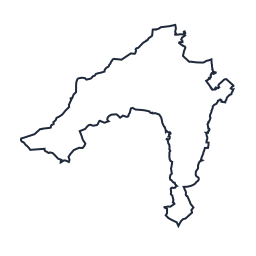 Dezna, Arad, Romania, rotated 177°
{"feature_id": "2599482B61534959495049", "entity_name": "Dezna", "entity_type": "district", "adm_level": 2, "iso_a3": "ROU", "parent_name": "Romania", "parent_adm1": "Arad", "projection": "equal_earth", "projection_center": [22.259, 46.427], "detail": "fine", "context": "isolated", "style": "outline", "palette": "slate", "viewbox_px": 256, "rotation_deg": 177, "n_neighbors": 0, "source": "geoboundaries", "source_scale": "gbopen_adm2", "svg_char_len": 5720}
<svg xmlns="http://www.w3.org/2000/svg" viewBox="0 0 256 256"><g transform="rotate(177 128 128)"><path d="M215.8,131.5L221.7,126.7L231.6,124.0L235.2,123.1L235.5,122.1L235.5,121.4L234.9,120.2L234.5,119.8L233.4,119.4L232.7,118.8L231.4,116.9L230.4,115.8L229.8,115.4L228.8,114.3L227.6,112.7L226.8,111.3L212.4,111.6L212.5,110.4L212.4,110.1L211.8,109.2L210.4,108.6L209.5,107.7L208.8,107.5L208.5,107.2L208.2,107.2L207.5,107.6L207.0,107.6L206.6,107.6L205.7,107.2L204.6,106.9L203.7,106.1L203.3,105.5L202.4,104.6L199.4,101.0L196.2,99.7L197.1,97.4L197.1,97.1L193.6,99.0L192.1,98.8L188.8,97.2L188.1,99.3L188.9,102.3L186.9,105.0L183.3,108.8L177.9,110.8L174.4,110.4L172.4,112.6L171.4,114.6L173.8,118.8L174.8,122.7L176.4,127.4L170.8,129.3L168.6,131.7L167.1,132.9L165.2,133.2L164.1,132.6L162.4,132.1L158.8,132.6L157.8,133.7L156.5,136.3L155.7,136.7L152.2,134.9L150.9,134.5L149.5,135.1L147.0,135.7L147.5,136.2L148.2,137.4L148.2,138.3L147.5,139.7L146.2,141.1L143.7,142.2L139.8,142.3L138.9,142.2L137.8,141.5L136.0,139.4L135.8,139.0L135.3,138.7L132.4,140.6L129.0,139.3L128.3,139.2L127.1,139.7L126.6,141.5L125.4,143.1L124.1,147.4L123.4,147.5L122.4,147.8L121.5,147.4L120.6,146.6L119.3,146.0L114.3,145.4L110.1,144.7L105.7,143.4L105.3,142.6L104.8,142.0L104.3,141.9L103.0,142.0L103.0,141.4L102.8,141.3L100.0,141.4L96.1,139.8L94.3,136.7L93.6,132.9L93.5,131.4L92.0,127.6L91.3,127.1L90.5,124.2L90.4,122.1L89.5,122.9L87.3,121.0L86.5,121.6L85.9,120.9L85.8,120.2L87.4,119.1L87.4,118.2L87.9,117.5L87.2,117.5L86.8,117.3L86.9,115.7L87.1,115.2L87.6,114.6L88.7,114.6L90.7,115.2L89.0,114.0L88.5,110.4L87.6,109.0L87.7,108.5L87.5,107.5L87.5,106.6L87.7,105.7L87.8,104.4L87.1,103.5L87.0,102.9L87.6,102.1L88.0,101.1L87.9,99.5L88.2,98.5L88.1,95.1L87.8,94.1L87.3,92.9L85.6,91.8L86.6,87.0L87.2,85.2L86.6,80.2L88.2,78.7L88.8,76.3L88.5,74.2L87.6,73.8L85.4,71.1L84.2,70.9L83.9,69.4L82.3,67.6L83.2,67.5L83.8,66.0L86.0,65.7L86.6,66.1L87.7,66.0L88.5,65.1L88.3,61.5L88.7,59.7L87.3,58.2L86.4,53.7L87.1,51.4L86.1,50.9L85.6,49.8L89.9,47.2L92.4,47.5L93.3,47.2L95.7,47.1L95.7,46.7L93.2,45.2L93.5,40.8L94.9,38.8L92.3,35.9L88.9,33.8L84.2,31.2L82.8,27.5L80.2,31.9L78.0,34.0L75.3,34.6L68.4,40.2L69.0,42.7L66.8,45.2L69.5,49.0L70.2,51.3L72.3,56.8L72.8,56.8L73.4,57.4L73.8,58.2L73.5,60.8L74.0,62.5L74.6,63.4L74.8,64.5L75.5,66.3L71.6,66.3L69.4,66.7L67.6,67.1L64.8,68.3L63.6,69.2L62.8,70.3L60.9,71.6L60.3,72.3L60.0,73.2L60.0,74.0L60.1,74.5L60.7,75.2L61.5,75.7L62.2,76.4L62.7,77.0L62.8,77.8L62.6,80.6L62.0,81.7L60.5,83.5L60.1,84.4L60.1,85.4L59.9,87.5L59.5,88.1L59.1,89.4L58.6,90.0L58.4,90.6L57.6,91.1L57.2,91.1L56.7,91.5L56.2,91.5L55.5,91.8L56.8,92.4L55.9,95.0L54.3,98.3L53.9,100.0L53.3,101.0L52.2,104.1L49.2,103.9L48.5,106.8L48.3,109.2L50.4,109.5L50.1,111.5L49.4,112.9L49.3,114.6L49.7,115.7L50.0,117.3L49.9,118.4L50.5,119.2L48.3,119.1L48.3,120.3L47.3,120.9L47.2,121.3L47.0,121.7L46.7,122.1L46.8,122.7L47.1,123.2L47.8,123.2L48.2,127.0L48.4,127.3L48.2,128.1L47.5,128.8L47.2,129.2L47.5,129.7L46.4,130.8L45.8,132.0L45.4,132.9L45.1,134.1L45.6,134.7L45.6,135.2L45.2,137.2L44.5,138.2L43.7,140.2L43.7,141.0L42.9,142.3L42.4,143.7L42.1,145.3L41.0,146.4L38.3,147.7L37.7,148.7L37.4,148.9L36.9,150.0L36.7,150.2L36.7,150.6L35.0,151.0L34.4,151.7L34.2,151.6L33.7,151.2L33.5,150.7L33.1,150.6L33.1,150.2L33.3,149.3L29.5,148.5L29.2,150.0L28.3,151.1L27.8,152.7L27.0,153.9L24.7,155.8L23.0,156.3L22.8,157.4L21.4,159.6L20.8,161.1L21.6,160.9L23.3,162.2L22.1,163.6L20.5,164.5L20.6,165.0L27.3,171.7L27.9,171.6L29.0,171.5L29.9,171.0L31.0,170.0L34.7,167.0L35.5,165.9L35.5,165.6L35.4,164.9L35.3,164.4L34.8,163.9L35.8,163.0L36.2,163.1L37.6,163.7L38.4,163.9L38.8,163.0L38.6,162.9L38.3,162.2L39.2,161.8L39.8,162.0L41.8,161.8L43.0,163.5L42.7,163.6L47.5,171.0L44.0,172.8L44.7,173.6L44.3,174.0L43.2,174.0L42.6,174.4L42.6,175.5L42.8,175.9L42.7,176.5L41.9,177.2L42.0,177.9L41.7,178.3L40.9,178.8L40.6,178.7L39.8,178.1L39.7,177.6L39.3,177.6L38.9,178.0L38.6,178.1L38.3,178.5L37.6,178.5L37.5,178.9L38.8,179.4L39.7,179.5L40.0,180.0L40.2,180.5L40.3,181.3L40.8,182.0L40.5,182.6L40.9,184.8L40.9,187.3L41.1,188.3L41.1,192.2L44.3,191.2L45.6,191.1L47.0,190.6L48.0,189.9L49.6,189.4L54.8,189.8L57.2,190.1L61.4,190.9L63.3,190.9L69.3,197.0L69.1,198.2L68.7,199.3L68.1,201.7L66.5,205.2L66.9,206.3L67.4,206.4L68.3,207.2L68.9,207.2L69.1,207.5L69.4,207.6L69.8,208.1L70.6,208.5L71.0,209.0L72.5,210.1L72.4,210.8L72.0,211.0L69.1,210.9L69.1,212.0L69.3,212.6L70.2,213.5L69.7,214.7L69.2,215.5L66.2,217.4L66.4,217.6L66.5,219.1L65.8,219.7L66.4,221.5L66.9,221.4L67.3,221.1L67.0,219.5L67.1,219.0L67.3,218.8L68.3,218.6L71.0,218.9L73.5,218.6L74.2,218.7L76.0,218.7L76.0,219.2L75.7,219.9L75.3,220.2L75.8,221.2L75.8,222.0L75.1,224.3L75.0,225.4L75.4,228.5L81.4,227.5L90.1,226.9L90.7,226.4L91.1,226.3L91.6,225.8L94.7,224.8L95.5,224.8L95.5,225.1L98.1,225.0L98.6,221.9L99.1,218.9L101.2,217.4L102.5,216.8L103.6,215.1L104.0,214.8L105.4,214.3L105.5,214.1L105.4,213.9L108.3,212.4L112.6,208.4L113.8,207.4L115.4,207.2L116.3,206.2L115.9,204.9L116.5,203.1L117.0,202.0L117.8,201.8L121.3,202.3L131.0,196.5L133.0,197.0L134.1,197.0L135.5,197.4L137.2,197.4L138.3,197.8L139.6,197.3L141.4,194.9L142.4,193.0L143.4,192.2L143.8,191.0L144.3,190.3L146.3,189.4L147.2,188.6L148.2,187.3L148.5,185.6L152.0,184.7L154.7,184.3L157.2,183.7L158.5,182.0L160.4,181.5L161.9,179.8L163.0,179.2L165.3,178.8L167.0,178.5L167.7,179.2L168.3,180.0L169.7,180.3L171.4,180.6L173.6,180.4L175.0,180.1L176.1,179.2L177.2,176.5L177.6,173.4L178.0,166.5L180.5,164.4L182.1,160.9L183.7,160.6L183.7,160.3L182.7,160.2L185.8,154.2L185.7,152.0L189.5,148.7L191.8,146.1L193.3,144.6L196.9,142.6L198.2,142.2L199.0,141.6L199.6,139.9L201.2,138.4L202.2,137.8L202.0,136.2L202.1,135.7L204.2,135.0L204.7,134.3L205.1,132.5L206.6,132.2L213.5,131.8L213.8,131.4L215.8,131.5Z" fill="none" stroke="#1e293b" stroke-width="2"/></g></svg>